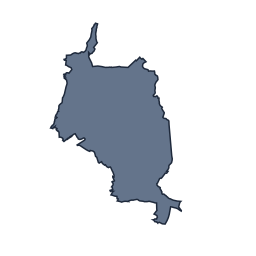 outline of Maltrata, Veracruz, Mexico, rotated 129°
{"feature_id": "50627088B19027861319705", "entity_name": "Maltrata", "entity_type": "district", "adm_level": 2, "iso_a3": "MEX", "parent_name": "Mexico", "parent_adm1": "Veracruz", "projection": "mercator", "projection_center": [-97.262, 18.844], "detail": "fine", "context": "isolated", "style": "filled", "palette": "slate", "viewbox_px": 256, "rotation_deg": 129, "n_neighbors": 0, "source": "geoboundaries", "source_scale": "gbopen_adm2", "svg_char_len": 5846}
<svg xmlns="http://www.w3.org/2000/svg" viewBox="0 0 256 256"><g transform="rotate(129 128 128)"><path d="M95.7,108.5L94.5,108.8L94.2,109.1L93.6,109.2L93.2,109.6L93.0,110.5L92.7,110.9L92.5,112.1L92.0,112.9L91.7,113.9L91.3,114.3L90.8,114.4L90.3,114.4L90.2,115.0L90.4,116.4L90.0,117.9L89.7,118.4L89.0,119.4L88.4,119.7L87.0,121.4L85.3,122.7L85.9,123.5L85.3,124.1L84.9,124.9L84.8,125.8L85.7,126.0L86.4,126.4L86.5,127.1L87.0,127.4L87.3,127.6L87.3,128.2L87.0,128.7L86.4,129.0L84.3,128.8L83.6,129.0L83.1,129.4L82.1,130.6L80.0,131.8L79.1,132.5L78.6,133.3L77.7,134.2L76.7,134.6L74.8,135.1L72.2,135.1L71.5,135.2L69.8,136.9L69.1,137.9L69.5,139.5L69.2,140.0L69.4,140.6L69.2,141.1L68.2,142.0L67.1,143.3L68.2,144.5L69.8,146.8L70.9,147.8L70.2,148.9L70.2,149.4L70.9,150.8L70.9,151.2L71.2,151.7L71.5,152.2L71.6,153.1L71.5,154.1L71.1,155.3L70.7,155.7L69.0,156.7L67.2,156.6L65.2,155.7L64.6,160.2L65.8,160.5L65.9,162.4L65.6,163.4L70.5,163.8L70.4,164.7L80.9,166.1L85.0,171.8L85.6,173.4L88.0,175.5L91.2,178.8L91.2,179.4L91.6,179.6L92.1,180.1L92.1,180.4L92.5,180.9L93.0,181.2L95.2,183.8L96.7,186.9L98.8,190.4L102.5,194.2L101.0,196.3L100.3,197.3L98.1,202.1L97.4,203.3L94.0,206.2L94.1,205.6L95.0,204.0L94.1,204.0L92.6,202.9L91.7,203.1L89.9,202.8L87.4,203.4L87.0,205.4L81.0,205.5L80.6,206.7L78.9,208.9L78.2,209.6L77.1,210.4L75.5,212.1L74.3,212.9L73.9,213.4L73.4,213.3L72.8,213.8L72.0,214.1L71.5,214.6L70.8,215.0L69.4,215.5L68.4,216.3L66.9,216.8L66.2,217.2L67.0,219.1L67.3,218.9L68.5,219.3L69.0,219.3L69.3,219.0L70.5,218.8L72.1,218.6L72.6,218.7L73.5,218.7L74.7,217.5L75.2,217.2L78.7,215.4L80.7,214.2L83.7,213.6L88.0,213.5L88.7,212.6L88.9,212.1L90.1,211.1L91.6,210.7L93.9,209.7L95.8,209.7L96.6,210.1L97.2,210.1L97.6,211.4L98.2,212.1L99.1,212.4L99.6,212.2L99.9,212.4L100.3,212.9L101.4,213.4L101.9,214.5L102.3,214.9L102.4,215.8L103.5,217.0L105.3,217.9L106.9,218.3L107.6,218.7L110.2,221.6L112.5,219.8L113.5,220.0L114.1,219.9L114.7,220.9L115.1,220.8L115.3,220.1L114.4,218.5L118.3,216.1L117.9,215.3L117.7,212.7L117.3,211.5L117.0,210.1L118.0,208.4L122.6,208.4L122.9,209.5L123.9,210.6L124.7,210.6L125.1,210.4L125.5,210.2L126.3,211.6L126.9,211.5L126.8,211.3L127.3,209.9L127.2,209.6L127.8,209.7L128.2,210.2L128.8,209.5L128.1,209.1L129.3,208.6L128.7,207.8L129.3,207.8L129.5,207.4L129.4,205.9L131.4,203.6L132.5,203.0L135.1,202.0L141.6,198.8L144.6,197.9L145.7,197.9L149.2,195.5L150.0,195.2L151.6,195.6L153.1,195.8L154.1,195.7L154.9,195.2L155.4,194.7L157.1,193.7L157.4,193.7L158.4,193.0L158.7,192.5L159.1,192.9L159.7,192.9L161.9,192.1L162.5,192.3L164.6,191.8L164.5,189.8L165.5,189.9L166.1,190.9L166.4,190.5L167.2,190.3L168.6,189.5L169.1,189.4L169.3,189.0L169.8,189.0L171.0,188.3L171.5,188.3L171.9,188.1L172.3,188.1L173.1,188.3L173.5,188.3L173.8,188.5L174.2,188.3L175.1,188.5L176.2,188.2L176.7,188.1L176.3,187.5L175.8,186.0L175.1,186.2L174.4,186.2L173.7,186.1L173.2,185.8L172.8,185.7L174.0,185.3L173.4,184.2L173.1,183.0L173.2,182.7L173.7,182.6L174.5,182.7L174.7,181.2L174.3,180.7L174.7,180.2L174.5,179.7L174.7,179.0L178.4,175.6L178.0,175.3L177.5,174.5L177.2,173.5L177.1,172.2L177.6,171.3L178.6,171.1L178.4,169.8L178.8,169.8L178.8,169.3L175.1,168.5L175.2,168.1L174.7,167.9L174.6,168.4L173.6,168.2L173.1,167.5L172.1,167.7L171.6,167.6L171.8,167.1L171.3,166.9L171.1,167.4L170.7,167.3L170.8,166.9L170.4,166.7L170.3,167.1L169.4,166.6L169.3,166.8L168.7,166.5L167.6,166.4L166.3,165.9L165.7,165.4L165.9,165.1L166.5,163.2L167.1,162.1L167.2,160.9L167.8,159.8L167.7,159.2L167.2,158.2L165.7,157.1L163.8,156.3L163.6,156.1L163.3,155.6L163.3,155.2L163.4,154.8L163.7,154.3L164.5,154.1L165.5,154.3L173.2,156.9L173.4,156.4L172.2,155.2L171.8,154.3L171.5,150.5L171.1,146.5L170.8,145.2L170.8,144.8L170.2,143.0L169.2,143.2L168.0,140.8L167.9,139.1L168.4,138.1L170.5,135.3L170.4,134.3L170.5,133.7L171.2,132.7L172.7,130.4L173.4,129.4L173.4,128.3L172.7,128.1L170.8,127.3L171.4,126.3L171.7,125.0L171.6,124.4L171.6,122.8L170.8,122.4L171.4,120.4L171.1,118.3L170.2,117.9L169.4,117.1L169.9,115.9L171.3,113.2L171.6,112.3L173.5,109.1L174.9,108.1L175.2,109.4L175.8,108.9L177.6,105.3L178.2,105.5L179.2,106.1L179.2,106.4L179.9,106.6L180.2,105.9L180.4,104.9L180.7,104.5L181.1,104.1L181.8,103.8L182.8,103.8L184.1,103.7L183.9,103.0L184.6,102.3L185.4,101.1L187.8,102.7L188.3,101.8L187.7,101.6L186.5,99.7L187.0,99.9L187.3,99.6L187.7,99.8L188.4,99.5L190.7,99.1L190.2,98.1L189.2,95.3L188.1,93.6L189.8,92.0L189.3,91.1L190.7,90.3L191.4,90.4L190.1,87.8L189.6,86.3L188.3,85.5L186.9,84.3L185.6,82.5L185.4,82.0L184.9,81.8L184.6,81.3L184.6,81.1L184.1,81.4L183.4,81.1L181.5,79.6L181.0,78.7L180.3,78.2L177.9,76.2L177.4,75.2L177.5,74.3L177.2,72.9L175.5,70.3L174.8,68.7L172.9,66.5L172.1,65.9L171.3,64.9L170.7,63.4L169.9,61.8L169.2,59.9L168.3,58.6L173.1,54.5L173.7,53.7L178.5,53.6L177.8,50.5L179.0,48.9L180.0,48.9L180.7,48.5L181.8,49.9L182.8,50.1L183.6,50.8L183.4,49.9L183.9,48.3L183.7,48.2L183.3,46.9L182.9,46.7L183.1,45.4L182.8,45.6L182.3,44.6L181.5,44.2L180.9,41.1L179.3,38.7L175.3,39.4L172.2,40.3L169.2,41.6L162.4,45.3L161.7,44.1L160.9,42.1L160.2,40.8L159.7,39.4L159.4,38.0L159.4,36.6L159.1,34.4L158.5,34.7L158.3,36.2L157.9,37.1L157.6,38.9L153.9,40.6L152.7,40.9L151.8,40.8L153.9,43.9L154.6,45.4L155.5,47.2L155.9,48.3L156.4,50.5L156.9,51.5L157.0,53.1L156.8,53.7L156.9,55.1L156.7,55.5L156.7,56.2L156.8,56.5L156.8,58.6L157.6,59.3L157.8,59.7L157.6,60.4L157.2,60.6L156.9,61.2L156.7,61.2L156.2,61.6L156.1,62.3L155.5,63.0L155.5,63.8L155.1,64.4L154.7,65.2L154.0,65.5L154.1,66.4L154.5,67.7L154.5,68.0L154.1,68.8L154.2,69.2L154.1,69.6L153.6,70.0L153.3,70.5L153.1,70.6L152.3,70.4L147.4,71.6L146.2,70.9L146.2,70.6L145.2,70.4L139.6,70.6L138.8,69.5L136.6,69.6L137.3,70.7L134.1,70.9L133.1,71.3L131.9,72.3L131.1,72.6L127.6,72.3L125.3,73.4L124.1,74.2L122.0,76.6L99.7,98.1L96.9,100.6L96.6,101.4L97.0,103.2L96.8,104.0L96.8,104.5L97.7,105.9L97.9,107.1L97.8,107.6L97.6,107.8L96.4,108.0L95.7,108.5Z" fill="#64748b" stroke="#1e293b" stroke-width="1.5"/></g></svg>